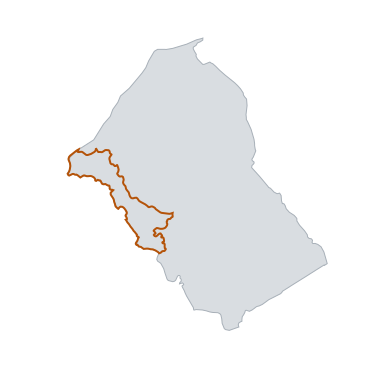 Ghana, with Volta highlighted, rotated 148°
{"feature_id": "GHA-2173", "entity_name": "Volta", "entity_type": "Region", "adm_level": 1, "iso_a3": "GHA", "parent_name": "Ghana", "parent_adm1": "", "projection": "albers", "projection_center": [0.32, 7.267], "detail": "fine", "context": "in_parent", "style": "outline", "palette": "amber", "viewbox_px": 384, "rotation_deg": 148, "n_neighbors": 0, "source": "natural_earth", "source_scale": "10m", "svg_char_len": 8120}
<svg xmlns="http://www.w3.org/2000/svg" viewBox="0 0 384 384"><g transform="rotate(148 192 192)"><path d="M233.7,54.9L236.4,57.5L237.0,59.0L236.0,64.7L234.0,68.6L232.7,72.3L232.9,74.2L234.1,76.0L238.3,78.9L240.4,80.8L242.9,83.7L245.8,86.5L250.8,90.1L252.9,90.8L252.8,91.8L252.1,93.2L251.7,106.7L251.3,110.2L250.9,112.0L250.5,117.1L249.9,117.8L249.0,117.7L248.1,117.9L247.9,118.9L248.3,120.0L251.3,120.7L250.6,121.5L248.4,122.1L247.4,123.7L247.8,125.4L246.6,126.8L246.9,127.8L247.7,128.4L249.0,128.2L252.5,125.9L254.0,125.6L255.8,126.1L259.1,129.6L259.3,131.4L257.9,137.4L256.6,142.0L256.3,148.1L257.8,151.6L257.6,153.5L256.0,155.1L252.6,157.5L252.8,159.1L254.4,162.1L257.3,165.5L263.1,169.7L266.1,175.1L266.2,177.3L264.4,179.5L262.3,181.4L261.7,184.2L262.6,202.4L258.1,210.3L258.0,212.5L258.5,215.2L259.7,216.7L262.0,217.2L263.9,218.7L263.2,224.2L262.2,229.9L262.1,232.6L261.5,233.9L259.7,235.0L259.1,236.8L259.5,239.0L259.2,240.6L260.2,242.7L262.2,245.3L265.6,251.9L266.8,252.4L267.4,253.7L267.1,255.1L268.3,258.0L272.0,260.8L275.9,263.4L279.1,263.7L279.8,266.0L281.9,268.8L283.4,270.1L285.8,270.9L287.8,271.3L287.9,273.8L284.3,275.4L281.9,277.9L280.1,281.7L277.6,285.9L268.9,288.1L265.6,288.1L247.7,288.3L230.9,296.5L221.3,299.4L215.4,304.0L207.4,307.3L201.8,311.3L190.2,313.2L171.2,319.4L165.3,321.9L159.2,326.2L149.4,331.3L145.6,331.2L138.0,326.4L132.2,324.0L118.2,320.2L107.7,318.7L102.6,317.1L101.2,316.8L102.4,315.1L105.3,315.0L108.4,315.5L110.8,314.2L114.2,314.1L115.1,312.7L115.4,309.3L115.4,306.5L116.6,305.2L116.9,301.9L115.3,294.6L114.1,293.8L108.0,292.7L107.5,291.3L106.4,289.7L105.3,286.0L104.0,280.3L101.9,273.4L97.9,261.9L96.9,257.9L96.2,253.7L96.1,248.8L97.0,247.0L96.9,244.4L96.5,241.9L99.5,236.1L105.2,229.0L106.4,226.5L107.5,224.7L107.6,222.1L108.7,213.8L111.5,203.8L113.2,200.0L114.4,198.0L115.8,194.6L116.1,193.1L121.4,189.2L123.8,188.1L124.3,186.6L123.5,184.9L123.9,183.7L125.1,183.1L127.1,182.7L128.5,181.1L126.3,168.7L124.6,156.3L124.6,155.3L123.5,153.6L122.5,148.5L120.8,145.5L118.3,144.6L118.3,141.8L120.8,137.0L121.5,134.3L120.3,133.4L120.2,131.3L121.0,127.8L120.6,125.6L120.2,123.3L117.7,117.9L117.1,114.1L118.4,111.8L118.4,106.9L117.1,99.4L116.9,94.6L117.8,92.6L117.4,90.8L115.5,88.9L115.4,87.2L117.0,85.5L116.8,84.2L114.9,83.2L113.1,80.9L111.6,77.2L111.9,71.3L115.0,60.5L115.3,59.6L118.7,59.6L118.7,60.1L129.1,60.1L141.0,60.0L155.1,60.0L168.0,59.9L168.6,59.4L170.7,58.8L183.8,60.0L191.9,59.4L195.4,59.8L197.9,60.6L203.5,60.1L206.5,60.4L208.8,63.1L209.7,63.1L211.0,61.9L213.2,60.6L215.5,59.6L217.2,57.5L218.2,55.9L219.6,56.2L221.8,56.1L223.2,54.8L223.8,52.7L233.7,54.9Z" fill="#d9dde1" stroke="#a8b0b8" stroke-width="1"/><path d="M262.5,195.2L262.5,195.4L262.5,198.0L262.9,200.5L262.8,202.8L262.9,203.6L261.7,203.4L261.1,204.3L261.0,205.7L261.0,206.9L260.7,207.4L260.2,207.7L259.5,207.9L258.9,208.2L258.5,208.6L258.2,209.1L258.0,209.6L257.9,212.1L258.1,214.3L258.8,216.2L260.2,217.4L260.9,217.5L261.8,217.4L263.4,216.8L263.7,217.2L264.4,220.0L264.3,221.0L263.7,222.6L263.3,224.6L262.3,227.2L262.2,228.9L262.3,230.9L262.3,232.8L261.5,234.3L260.9,234.6L259.1,235.0L258.5,235.1L257.8,235.3L258.3,236.0L259.6,236.9L260.1,237.8L260.0,238.6L259.1,240.1L258.8,241.0L258.9,241.4L259.3,241.7L259.9,242.1L261.1,244.4L261.4,244.8L262.1,245.0L262.9,245.4L263.5,246.0L263.9,246.7L263.9,247.4L263.6,249.6L263.8,250.5L264.4,251.0L265.0,251.5L265.4,252.2L265.8,252.2L267.0,252.2L267.4,252.2L267.9,252.8L267.9,253.2L267.6,253.6L267.3,254.2L267.3,254.4L267.3,255.3L267.5,256.4L268.0,257.4L268.7,258.5L269.6,259.4L271.8,260.5L272.9,261.2L274.3,262.9L274.8,263.3L275.7,263.5L279.0,263.5L280.2,267.0L280.8,268.0L281.2,268.2L281.5,268.4L281.8,268.5L282.2,268.9L282.7,269.8L283.2,270.3L283.8,270.6L287.4,271.0L287.9,271.7L287.8,273.3L287.5,273.4L285.5,274.4L284.0,275.6L281.8,278.0L281.3,278.7L280.3,280.9L280.1,281.7L280.0,282.6L279.6,284.7L279.2,285.5L277.8,286.8L276.1,287.4L267.8,288.3L265.6,288.2L266.5,287.5L267.4,287.3L267.5,287.1L267.7,286.9L267.6,286.6L267.5,286.4L267.3,286.2L267.1,286.1L266.8,285.8L266.2,285.5L265.2,285.1L264.6,284.8L264.1,284.4L263.7,283.8L262.1,279.6L261.7,279.2L261.3,278.9L260.7,278.6L257.4,277.8L253.8,277.7L253.5,277.7L253.1,277.8L252.6,277.9L251.9,278.3L251.1,278.9L250.8,279.3L250.6,279.5L250.3,280.1L250.4,276.1L250.3,275.8L250.2,275.5L248.7,274.6L247.7,273.8L247.2,273.5L246.4,273.4L243.5,273.5L242.7,273.2L240.7,271.7L240.4,271.2L240.3,270.5L240.5,269.7L240.8,269.1L241.0,268.6L240.9,267.8L240.6,267.0L240.4,266.5L240.6,266.3L242.5,265.5L243.3,265.1L244.0,264.6L244.1,264.4L244.5,263.9L244.6,263.7L245.8,259.9L245.9,259.5L245.8,259.1L245.7,258.5L245.5,258.2L245.3,258.0L244.7,257.7L244.4,257.4L244.2,257.0L244.1,256.8L244.1,256.6L243.9,255.6L243.8,255.1L243.6,254.9L243.3,254.7L243.1,254.6L242.9,254.5L241.6,254.6L241.4,254.6L241.2,254.4L241.3,253.9L241.4,253.1L242.1,250.5L242.3,250.0L242.4,249.8L242.6,249.7L242.8,249.3L243.0,249.2L243.5,248.6L243.7,248.4L245.4,247.4L245.6,247.3L245.7,247.1L245.8,246.8L245.8,246.3L245.6,244.4L245.4,244.0L245.2,243.6L244.9,243.3L244.5,243.1L244.1,242.9L243.5,242.6L243.3,242.5L243.1,242.4L243.0,242.2L242.8,241.8L242.6,241.4L242.7,240.9L242.8,240.4L243.2,239.2L243.4,238.7L243.6,238.4L244.4,237.7L244.6,237.5L245.2,236.9L245.5,236.4L245.6,236.2L245.7,235.7L245.8,235.1L245.7,233.8L245.5,232.8L245.4,232.6L245.4,232.2L245.5,231.7L245.8,230.9L246.1,230.1L246.2,229.9L246.3,229.2L246.1,226.8L245.9,225.5L245.9,225.2L246.0,224.7L246.7,222.4L246.9,221.1L246.9,220.5L246.7,219.2L246.5,218.9L246.3,218.6L245.8,218.2L245.4,217.9L245.1,217.8L243.9,217.5L242.3,216.7L242.2,216.5L242.0,216.2L241.8,215.7L241.7,215.3L241.6,212.7L241.0,211.2L238.2,206.3L237.1,203.4L237.1,202.9L236.9,202.4L236.7,202.1L236.2,201.8L235.8,201.7L234.9,201.5L234.4,201.4L234.0,201.2L233.6,200.9L233.2,200.6L232.2,198.9L232.1,198.6L231.9,198.2L231.8,196.6L231.6,196.2L229.8,191.8L229.3,191.0L228.8,190.4L222.8,185.5L221.9,185.1L219.5,184.5L220.4,183.5L221.2,181.7L221.5,181.4L221.8,181.2L222.3,181.3L222.6,181.3L223.0,181.3L224.5,180.8L224.8,180.8L225.0,180.9L226.0,181.4L226.3,181.4L226.6,181.5L227.0,181.5L227.7,181.3L228.1,181.1L228.3,180.8L228.5,180.5L228.8,180.4L229.1,180.3L229.2,180.1L229.3,179.8L229.8,179.1L229.8,178.8L229.8,178.6L229.8,178.3L229.9,178.0L230.1,177.7L230.7,177.1L231.2,176.8L231.5,176.6L233.4,175.9L234.3,175.9L235.4,176.1L236.3,176.4L237.0,176.7L238.5,177.7L239.1,178.3L239.5,178.8L240.4,179.7L240.9,180.1L241.4,180.1L242.2,180.1L243.9,179.9L244.6,179.7L245.0,179.5L245.1,179.2L245.0,178.8L244.9,178.6L244.7,176.9L244.7,176.6L244.8,176.3L245.0,176.2L245.3,176.1L246.6,176.1L246.9,175.9L247.1,175.8L247.1,175.5L247.1,175.3L247.1,174.8L247.0,174.5L246.5,173.8L246.4,173.7L246.2,173.6L245.8,173.4L245.5,173.4L244.2,173.5L243.2,173.8L242.2,173.9L241.5,173.9L241.1,173.7L240.9,173.7L240.7,173.5L240.6,173.4L240.6,173.2L240.6,172.7L240.6,172.4L240.6,171.9L240.4,171.5L240.4,171.2L240.5,170.9L240.6,170.7L240.9,170.6L241.2,170.5L241.7,170.3L241.9,170.2L242.0,169.9L242.0,169.7L241.8,169.5L241.7,169.4L240.9,169.0L240.7,168.8L240.6,168.7L240.5,168.2L240.6,167.7L241.1,166.4L241.4,165.7L241.9,165.0L242.1,164.8L242.4,164.7L242.6,164.8L243.0,165.0L243.5,165.1L243.8,164.9L244.0,164.7L244.0,164.2L243.9,164.0L243.8,163.9L243.3,163.4L243.0,163.1L242.9,162.9L242.9,162.7L242.8,162.4L242.9,162.1L243.1,161.7L243.9,160.6L244.3,159.9L244.6,159.2L244.8,158.8L244.8,158.6L244.7,158.4L244.6,158.2L244.4,158.0L244.4,157.8L244.5,157.5L244.7,157.3L244.8,157.2L245.9,156.8L246.3,156.7L246.5,156.6L246.8,156.7L247.0,156.8L248.0,157.3L248.5,157.5L248.8,157.5L249.0,157.4L250.4,157.2L250.7,157.1L252.3,157.4L252.6,159.0L253.9,161.7L255.6,164.1L257.3,165.3L258.1,166.1L259.1,167.1L260.2,167.9L263.1,169.3L263.8,170.9L264.4,172.5L266.0,173.9L266.1,174.3L266.1,174.8L266.2,175.5L266.2,175.9L266.2,176.1L266.4,176.3L266.9,176.3L267.1,176.5L267.2,177.6L266.9,178.2L266.2,178.7L264.3,179.5L263.6,180.0L262.2,181.3L261.8,181.5L261.5,181.5L261.2,181.7L261.2,182.2L261.4,182.7L261.7,183.0L262.0,183.4L262.1,184.0L261.8,184.5L261.5,184.8L261.3,185.1L261.5,186.2L261.7,188.2L262.1,189.9L262.1,190.7L262.1,192.3L262.5,195.2Z" fill="none" stroke="#b45309" stroke-width="2"/></g></svg>